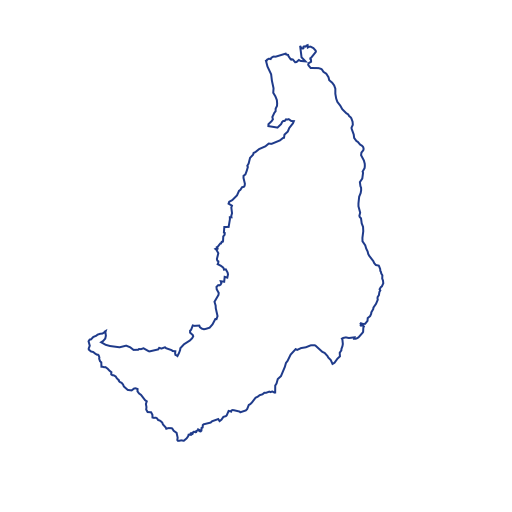 outline of Paltin, Vrancea, Romania, rotated 135°
{"feature_id": "2599482B62752740726315", "entity_name": "Paltin", "entity_type": "district", "adm_level": 2, "iso_a3": "ROU", "parent_name": "Romania", "parent_adm1": "Vrancea", "projection": "orthographic", "projection_center": [26.727, 45.767], "detail": "fine", "context": "isolated", "style": "outline", "palette": "blue", "viewbox_px": 512, "rotation_deg": 135, "n_neighbors": 0, "source": "geoboundaries", "source_scale": "gbopen_adm2", "svg_char_len": 6102}
<svg xmlns="http://www.w3.org/2000/svg" viewBox="0 0 512 512"><g transform="rotate(135 256 256)"><path d="M415.3,309.2L416.5,309.5L417.4,309.2L419.5,309.8L421.2,311.2L423.6,312.4L425.4,312.6L428.3,313.8L431.7,313.7L432.7,314.5L434.7,314.1L437.0,310.1L439.7,308.9L440.4,308.1L440.2,305.2L439.0,303.2L438.7,300.4L438.2,298.6L437.6,298.1L437.5,297.0L438.5,295.0L439.5,294.3L440.0,293.3L440.7,291.8L440.6,290.2L443.6,287.0L442.7,286.0L442.1,284.8L441.0,283.8L440.6,281.2L440.7,278.5L440.4,276.1L442.0,274.8L442.1,274.3L441.7,273.0L441.0,272.3L440.4,270.0L440.9,267.9L440.8,265.1L441.2,264.9L441.4,263.9L441.3,262.9L440.7,261.4L440.9,259.1L441.7,257.2L441.4,252.0L439.0,248.9L435.9,248.5L434.7,247.6L433.8,245.7L435.5,244.1L435.9,241.5L435.5,239.1L436.4,232.4L436.0,230.5L438.5,229.2L440.3,226.6L442.2,225.1L443.0,222.3L440.7,219.7L441.5,217.0L443.4,215.0L442.7,213.8L441.2,212.5L440.8,211.1L441.2,209.1L440.5,208.0L440.2,206.7L440.1,204.5L440.9,202.7L441.1,198.5L441.6,197.3L439.7,196.3L437.6,194.1L437.2,193.3L437.8,190.6L437.2,187.1L439.9,182.9L441.7,181.6L441.9,180.6L441.2,179.8L439.2,178.5L437.7,176.4L434.0,176.1L431.5,176.5L430.0,177.3L428.6,175.7L427.8,176.8L427.4,176.8L427.0,176.4L426.8,175.1L426.4,175.1L426.0,176.0L424.1,175.6L423.4,174.1L422.8,173.8L421.9,174.5L420.4,173.8L419.5,174.3L419.0,172.8L419.7,172.5L419.8,172.1L419.2,171.1L418.1,171.1L416.1,172.9L415.0,172.5L413.1,174.1L412.0,174.0L405.9,170.3L403.9,170.2L398.0,167.4L398.5,165.0L396.2,164.7L392.8,165.3L390.6,164.1L389.5,164.0L384.9,165.8L383.6,163.6L383.0,164.1L381.7,163.8L380.7,162.6L377.6,157.6L377.6,156.6L372.4,154.0L370.5,154.0L366.4,155.8L364.8,155.3L362.5,155.3L356.5,156.1L354.3,155.3L351.8,155.0L349.2,153.6L346.8,153.4L345.7,152.2L342.5,150.7L342.0,149.5L340.3,148.7L339.5,146.3L339.0,145.9L334.0,150.8L331.7,151.3L327.6,153.6L323.3,153.4L314.0,157.2L310.4,159.2L307.9,159.5L301.2,161.8L293.8,162.1L293.3,160.5L289.2,159.0L285.3,156.2L280.4,154.1L277.6,151.4L277.3,150.4L276.9,141.4L276.0,138.9L276.2,134.7L276.7,133.1L276.7,129.6L278.2,125.6L276.0,125.0L271.1,125.8L267.6,125.7L265.2,128.4L262.4,128.9L261.4,129.8L258.5,131.2L256.8,132.4L254.0,135.8L253.7,136.8L252.3,136.4L250.0,134.9L248.3,132.3L243.8,128.8L245.1,128.1L244.0,127.0L242.2,126.2L240.6,126.0L234.7,126.4L233.9,126.6L230.8,129.4L229.5,129.9L229.6,131.1L231.1,132.7L231.0,133.0L229.9,133.1L229.9,134.2L229.4,134.3L228.4,132.2L226.8,130.9L223.0,131.3L220.9,133.1L217.8,132.8L215.4,133.7L214.3,134.6L210.6,135.6L209.4,136.5L205.0,137.3L200.8,139.0L199.9,140.3L198.9,141.0L196.8,141.4L194.2,143.3L192.4,143.8L192.1,145.1L189.8,145.7L188.5,145.5L185.3,146.7L183.6,148.8L182.7,150.8L180.3,153.0L179.8,155.1L179.0,156.2L178.6,157.6L177.4,159.0L176.1,162.0L176.0,162.4L177.6,164.8L177.6,165.8L177.4,167.6L176.7,169.3L175.8,176.1L175.2,178.1L173.9,180.2L172.8,183.4L171.2,186.3L170.3,191.1L167.9,193.6L162.6,197.7L159.7,200.9L158.2,204.3L155.1,208.4L155.1,210.1L154.5,211.3L151.7,213.0L148.4,218.7L146.3,220.8L141.1,225.0L137.5,226.5L135.1,228.2L133.4,230.0L132.8,231.5L130.3,234.8L126.1,235.6L121.5,239.1L120.9,240.3L117.0,241.4L115.4,242.7L113.9,244.3L112.2,247.2L110.4,253.0L108.3,254.6L105.4,254.9L104.2,255.6L103.3,257.0L103.1,257.8L103.1,259.2L103.6,261.1L103.3,264.7L103.7,266.3L103.1,270.1L101.0,272.8L98.4,278.4L97.7,279.2L94.8,280.3L92.8,282.6L91.2,286.0L91.0,287.1L91.2,289.0L90.7,291.0L91.2,293.1L91.2,298.8L90.1,302.7L89.5,307.4L88.0,310.6L85.2,314.6L81.6,318.2L80.1,321.4L79.6,324.5L79.9,328.5L78.3,331.2L77.4,335.2L78.1,338.5L77.5,341.3L77.7,342.3L78.9,344.6L84.4,350.3L84.1,353.7L83.7,354.5L82.4,355.1L79.7,354.4L78.4,355.8L78.4,356.7L77.8,357.4L76.9,357.2L69.6,358.0L68.9,358.4L68.6,359.1L68.4,362.4L69.4,365.5L70.7,366.5L71.9,366.8L70.4,368.6L71.5,369.1L72.9,369.0L73.7,370.2L74.4,370.4L75.5,369.4L76.1,369.5L76.7,370.3L76.8,371.7L76.2,373.4L83.3,364.3L83.4,358.6L86.6,362.5L87.1,364.3L90.2,364.5L91.3,365.3L91.0,368.9L91.7,370.0L92.3,370.0L92.4,370.7L91.7,374.4L91.1,375.5L92.2,377.1L91.9,378.1L101.1,383.0L102.7,384.7L104.9,385.3L106.4,384.9L107.4,386.4L109.4,387.0L110.2,386.6L110.9,387.0L113.9,381.9L116.8,373.8L120.8,368.7L125.0,362.2L128.4,359.2L129.4,355.2L131.0,351.5L133.2,348.9L135.0,347.3L137.9,346.3L139.8,344.5L141.7,344.3L146.2,342.7L147.4,340.7L149.6,340.3L154.0,340.4L155.4,339.1L150.0,331.6L145.0,331.5L142.7,332.3L141.2,332.2L140.3,331.2L138.1,331.4L137.6,330.5L136.1,329.6L135.6,326.5L133.9,324.6L136.0,323.7L141.9,323.0L145.6,321.5L150.0,321.7L152.6,319.8L153.6,320.4L157.3,320.8L165.0,324.0L165.8,324.4L167.5,326.5L171.8,326.9L178.2,329.4L183.0,329.9L184.8,330.6L186.4,329.7L190.8,329.6L195.8,326.6L198.4,325.9L198.8,324.7L202.3,322.8L205.8,321.2L208.1,321.5L209.6,320.1L212.8,314.9L214.4,313.7L215.7,313.5L217.2,314.5L220.4,313.8L221.9,314.1L226.6,312.3L233.3,312.3L236.6,313.3L238.4,312.4L237.4,308.6L239.2,307.7L242.7,303.2L245.2,301.8L246.0,300.7L247.1,301.9L248.5,300.4L254.8,295.9L257.9,298.9L262.1,295.3L261.8,294.4L263.2,293.2L265.3,293.0L268.8,289.8L269.5,289.6L270.2,290.3L271.8,289.6L272.4,290.1L276.6,289.6L277.4,289.9L278.0,288.3L279.1,288.5L279.4,289.6L279.7,289.7L279.6,288.3L280.7,284.6L285.8,281.5L286.6,280.1L286.4,278.8L287.6,277.8L288.9,277.3L287.8,274.1L287.4,271.3L287.6,270.1L288.3,269.0L286.8,267.9L287.8,264.4L288.8,262.8L291.6,261.0L292.9,263.4L296.7,260.3L298.8,263.1L299.7,261.3L301.2,260.8L302.6,261.1L303.3,262.1L305.8,262.1L307.3,260.3L308.5,256.2L310.1,255.0L317.7,253.0L319.6,249.5L321.4,247.5L325.7,240.7L328.6,239.3L329.3,240.2L335.1,238.4L339.5,238.1L342.9,239.9L344.6,241.0L345.7,243.0L346.0,245.4L345.3,246.9L348.9,250.1L349.8,251.6L354.1,249.7L355.4,249.8L356.8,248.4L356.6,244.7L357.2,243.6L359.3,243.0L362.5,243.0L369.3,244.5L374.7,244.3L376.1,243.2L379.2,241.8L382.3,240.8L382.4,241.8L382.9,243.0L382.1,244.3L380.4,245.7L382.2,247.8L382.2,249.0L384.8,254.4L384.9,255.8L388.3,257.4L389.4,259.5L391.2,259.1L398.7,263.8L399.2,264.5L400.8,270.3L403.1,271.4L404.6,273.0L405.6,273.0L409.0,276.2L409.5,280.4L411.2,284.4L417.0,287.9L422.9,295.6L425.1,299.5L426.5,304.5L424.2,304.0L421.0,304.2L418.5,305.8L416.4,308.6L415.3,309.2Z" fill="none" stroke="#1e3a8a" stroke-width="2"/></g></svg>